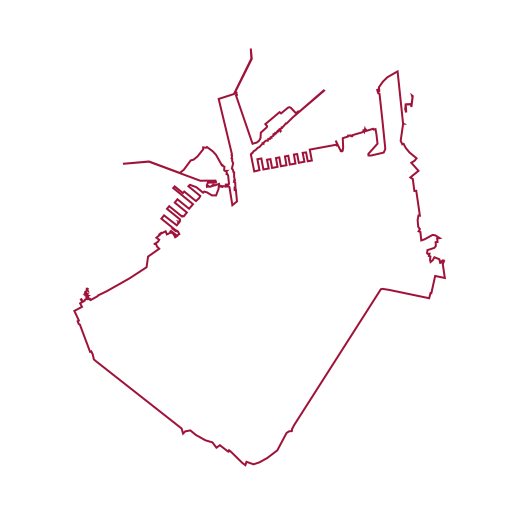 NCR, City of Manila, First District, Manila, Philippines (Albers equal-area conic projection), rotated 84°
{"feature_id": "2640588B65314213268917", "entity_name": "NCR, City of Manila, First District", "entity_type": "district", "adm_level": 2, "iso_a3": "PHL", "parent_name": "Philippines", "parent_adm1": "Manila", "projection": "albers", "projection_center": [120.961, 14.599], "detail": "fine", "context": "isolated", "style": "outline", "palette": "rose", "viewbox_px": 512, "rotation_deg": 84, "n_neighbors": 0, "source": "geoboundaries", "source_scale": "gbopen_adm2", "svg_char_len": 6066}
<svg xmlns="http://www.w3.org/2000/svg" viewBox="0 0 512 512"><g transform="rotate(84 256 256)"><path d="M311.3,85.5L294.6,79.9L297.6,70.5L283.5,71.1L280.8,69.6L280.5,70.3L280.0,70.1L279.9,70.9L280.8,72.3L281.8,72.4L282.1,73.5L278.4,74.0L275.9,78.7L278.5,80.5L280.2,83.0L277.8,83.3L274.7,82.6L274.0,84.1L271.9,83.2L271.8,85.0L271.1,85.6L268.1,84.9L266.6,77.9L264.9,76.1L261.0,75.9L261.0,74.0L257.5,74.0L257.4,71.5L254.2,75.5L253.5,78.2L257.0,86.5L257.8,90.0L249.2,90.0L248.4,91.7L246.4,90.2L243.9,91.6L237.1,91.5L232.7,90.2L233.0,88.8L207.9,89.8L207.9,91.7L195.8,92.0L194.0,94.3L188.3,85.5L179.5,91.8L177.9,88.4L175.6,86.1L169.0,92.6L164.3,95.7L159.9,97.5L160.2,98.8L156.6,100.1L140.0,95.9L140.0,95.3L139.6,95.9L87.2,95.9L91.9,106.6L95.7,111.4L101.0,116.1L105.6,116.2L103.0,116.9L103.5,118.1L107.0,117.4L107.3,116.3L107.8,116.2L133.8,116.1L162.1,116.2L163.5,116.4L166.5,118.2L168.1,131.0L167.8,133.6L166.2,133.6L157.0,123.4L147.8,123.5L142.3,123.9L142.6,125.7L141.7,126.2L143.0,132.6L142.5,133.0L143.1,133.1L143.2,134.0L141.3,134.4L143.5,135.2L141.4,135.9L143.6,136.3L144.1,137.5L145.8,146.9L146.9,147.7L146.8,148.8L146.0,149.0L145.9,151.7L146.7,151.7L147.9,157.4L157.2,158.0L160.4,158.8L160.9,159.5L160.6,160.6L159.8,160.4L159.1,161.2L149.5,164.7L154.4,163.2L154.5,164.0L153.7,164.1L155.8,191.4L166.9,190.5L167.2,194.6L158.2,195.4L158.3,198.8L167.3,198.0L167.8,203.7L158.9,204.4L159.1,207.7L168.2,207.1L168.6,212.8L159.7,213.4L160.0,216.8L168.9,216.2L169.3,221.9L160.4,222.5L160.7,225.9L169.6,225.3L170.1,230.8L161.2,231.5L161.4,235.0L170.3,234.2L170.7,239.6L159.6,240.5L159.9,244.5L171.0,243.6L171.7,248.9L154.4,250.5L153.4,249.5L153.5,249.0L151.6,247.5L150.5,245.2L148.6,243.0L148.0,241.2L144.9,237.7L145.1,237.2L144.6,237.3L144.8,236.8L143.5,235.9L142.2,233.8L142.6,232.2L141.3,231.6L141.9,231.2L141.1,231.4L140.9,229.6L140.0,229.4L140.0,228.7L139.5,229.0L138.3,226.2L137.2,226.0L137.2,225.3L136.6,225.5L136.5,223.9L135.6,223.9L135.7,222.8L134.9,222.4L134.7,221.4L134.1,221.6L133.6,221.0L134.0,220.6L132.9,219.8L133.7,219.2L133.0,219.2L133.4,218.5L132.2,218.8L131.4,216.8L130.7,216.9L130.4,215.7L127.2,212.3L127.4,211.7L121.8,204.7L98.7,171.0L98.4,171.3L116.8,197.6L116.6,198.9L117.7,200.4L117.6,201.8L112.3,205.8L111.5,207.2L111.8,208.6L116.8,216.2L115.4,217.5L125.8,232.9L128.0,231.4L129.2,231.9L133.8,238.3L139.3,239.2L141.8,241.0L143.3,243.5L144.0,247.7L93.4,259.3L94.0,258.8L93.8,258.1L92.5,258.5L92.1,259.4L91.4,258.4L90.2,259.2L59.5,239.6L49.1,239.5L59.3,240.0L92.6,261.0L95.9,276.7L152.2,269.3L152.9,269.8L154.0,269.3L156.4,270.1L156.8,269.5L158.9,269.8L161.4,269.0L166.6,270.9L167.6,270.0L170.5,269.6L170.6,269.0L174.8,269.5L178.3,269.1L178.1,269.6L180.0,270.2L180.9,269.0L185.9,269.3L185.7,270.1L186.9,270.3L188.2,270.3L188.1,269.1L199.7,269.2L203.0,274.2L184.7,275.2L184.0,275.8L183.8,279.1L181.8,278.6L182.0,275.9L181.5,275.3L173.4,275.3L172.4,275.5L171.4,276.7L170.9,276.1L168.8,276.8L168.3,276.1L168.2,277.8L167.4,278.7L163.9,278.1L162.4,280.3L161.9,280.0L161.4,280.8L151.2,285.2L147.4,288.0L142.5,293.4L143.1,294.4L142.5,297.2L144.4,297.4L150.9,303.8L153.7,308.1L154.1,310.9L162.7,318.8L165.4,323.1L150.8,352.5L150.4,378.7L151.0,352.6L175.3,303.6L176.8,288.4L178.3,288.0L178.8,288.4L178.0,296.2L180.8,297.6L182.1,297.5L181.5,295.9L182.2,295.6L182.3,293.6L181.5,292.7L181.8,291.9L181.3,291.2L182.0,290.4L181.2,290.7L180.7,292.0L180.7,290.6L181.5,289.7L180.4,285.2L182.5,284.8L183.2,281.1L183.8,282.1L182.8,285.7L185.5,286.3L191.6,289.4L191.1,293.5L187.6,298.1L186.5,300.8L187.5,302.0L181.3,308.2L178.3,314.3L179.6,315.9L190.5,305.1L192.6,306.6L195.1,310.0L184.4,320.6L185.8,322.1L178.3,329.6L179.8,331.2L197.9,313.2L202.0,317.6L191.4,328.2L194.4,331.2L205.5,320.2L209.0,323.7L208.5,325.2L209.0,325.5L209.7,324.8L197.4,337.1L199.8,339.6L211.6,327.8L213.0,327.8L214.0,328.5L213.8,329.1L214.3,328.7L214.8,329.2L213.9,330.5L215.0,329.4L217.2,331.6L206.0,343.2L209.0,346.2L221.2,334.0L221.0,335.2L223.1,333.1L221.6,333.7L222.8,331.9L223.2,332.1L223.5,331.0L226.2,330.0L227.5,332.5L222.2,337.9L222.6,338.4L228.0,332.7L228.9,334.4L225.7,335.6L223.6,337.8L225.2,342.4L222.0,343.3L223.6,347.5L223.1,347.8L223.5,348.6L224.3,349.8L224.9,349.4L227.4,353.1L229.7,350.6L231.5,351.9L233.2,354.9L233.3,356.4L233.8,354.1L236.2,353.5L238.7,351.5L245.3,363.4L255.7,366.0L264.9,383.9L275.5,408.3L278.7,417.2L279.4,417.7L282.5,424.9L281.5,425.4L281.8,426.2L279.7,427.2L279.1,426.5L279.4,427.2L278.4,427.7L278.1,427.1L277.9,428.0L277.6,427.4L277.9,428.0L277.0,427.7L276.9,428.5L276.6,427.9L276.8,428.6L276.4,428.9L276.0,428.3L275.9,429.2L275.6,428.6L275.5,429.3L275.2,428.9L274.5,429.1L274.8,428.5L274.4,429.0L273.9,428.8L274.2,428.1L273.9,428.7L273.4,428.4L273.9,427.7L273.3,428.3L272.9,428.0L273.3,427.4L272.8,427.9L272.4,427.6L272.8,427.0L271.8,427.3L272.3,426.5L271.8,427.2L271.2,426.8L271.7,426.0L270.3,427.9L271.1,427.0L271.8,427.4L271.1,428.5L271.9,427.4L272.4,427.8L271.9,428.7L272.5,427.9L273.1,428.3L272.5,429.1L273.2,428.4L273.7,428.8L273.2,429.7L273.8,428.8L274.3,429.2L273.8,430.1L274.5,429.3L275.0,429.7L274.4,430.7L275.6,429.4L276.1,430.1L275.7,429.4L279.1,427.5L279.7,427.3L279.4,428.4L282.1,427.4L278.8,429.3L280.8,428.5L281.6,430.8L282.5,431.0L283.4,432.9L280.7,434.2L281.0,434.7L283.6,433.5L284.7,435.9L288.4,434.4L291.6,442.4L301.7,438.9L302.2,440.2L305.1,439.4L305.9,438.3L333.3,431.2L334.0,431.0L333.6,429.8L337.0,428.6L341.7,428.1L342.8,427.3L419.8,348.0L425.0,347.1L423.0,344.7L422.6,339.5L427.7,334.5L434.0,325.6L436.8,318.8L442.5,315.4L440.4,311.7L447.2,304.6L447.7,303.8L446.4,303.1L447.8,301.6L460.5,291.1L462.9,288.4L459.7,287.0L462.9,280.2L461.6,274.2L458.1,266.0L451.5,255.1L435.2,244.1L433.8,241.4L433.9,238.7L431.8,238.2L428.1,235.7L302.1,135.3L301.9,133.6L303.6,127.2L316.1,88.2L311.1,86.3L311.3,85.5ZM124.1,85.9L113.4,83.4L112.7,84.1L114.4,83.8L121.1,85.3L120.8,91.3L125.4,92.2L125.4,91.8L127.3,92.0L128.9,91.6L122.5,91.3L122.4,90.8L122.3,91.3L121.0,91.2L121.2,88.9L121.8,88.8L121.2,88.7L121.3,87.8L121.8,87.8L121.3,87.7L121.6,85.6L122.7,85.8L122.9,86.8L123.0,85.8L124.1,85.9Z" fill="none" stroke="#9f1239" stroke-width="2"/></g></svg>